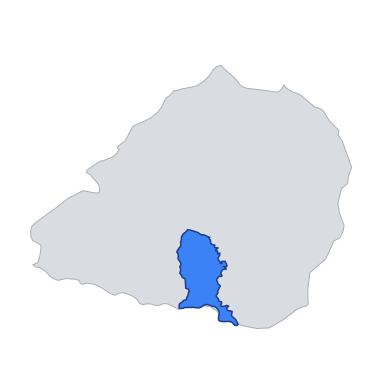 location of Río Negro within Uruguay, rotated 276°
{"feature_id": "URY-9", "entity_name": "Río Negro", "entity_type": "Department", "adm_level": 1, "iso_a3": "URY", "parent_name": "Uruguay", "parent_adm1": "", "projection": "equal_earth", "projection_center": [-57.526, -32.894], "detail": "fine", "context": "in_parent", "style": "filled", "palette": "blue", "viewbox_px": 384, "rotation_deg": 276, "n_neighbors": 0, "source": "natural_earth", "source_scale": "10m", "svg_char_len": 5148}
<svg xmlns="http://www.w3.org/2000/svg" viewBox="0 0 384 384"><g transform="rotate(276 192 192)"><path d="M308.1,272.2L305.7,274.5L303.0,279.0L299.9,289.8L289.6,304.7L287.4,313.1L276.5,321.8L268.7,331.6L263.7,331.4L259.2,335.6L233.2,348.3L224.0,345.9L217.1,346.0L210.8,340.3L196.2,338.3L187.1,340.6L174.8,346.7L171.1,346.6L168.4,346.3L161.8,343.8L158.2,338.3L139.4,332.0L124.2,317.7L106.3,317.4L92.5,319.3L90.4,317.4L89.0,313.7L86.1,308.4L74.2,295.7L64.9,283.1L63.0,270.7L64.2,257.2L67.0,241.2L66.5,236.1L69.9,233.3L73.3,232.7L76.6,228.6L79.6,222.3L80.1,217.5L77.8,208.7L76.1,196.4L74.2,190.2L78.0,180.5L78.2,175.8L76.0,171.6L75.4,167.4L76.3,163.0L76.1,158.8L74.7,154.7L75.8,151.4L79.3,148.7L81.9,144.7L83.6,139.2L84.5,135.0L84.5,132.1L83.4,129.4L81.3,126.8L82.3,121.7L86.4,114.1L89.1,107.3L90.3,101.3L90.2,96.6L88.8,92.9L89.4,90.4L92.0,89.1L93.1,85.3L92.7,75.7L90.1,67.8L92.1,61.5L97.9,54.3L101.0,48.4L101.2,43.9L103.0,41.4L105.8,46.2L114.1,47.5L122.4,47.6L123.8,46.4L127.1,38.5L131.4,36.3L136.1,35.7L141.2,36.1L146.7,41.3L162.1,58.4L173.4,70.2L176.8,75.8L179.8,80.0L182.0,83.9L181.0,94.0L181.1,98.4L181.7,99.7L184.2,99.8L188.1,99.1L191.3,96.9L193.9,93.7L196.4,91.0L198.4,89.6L199.1,87.5L200.3,85.3L201.4,84.8L203.7,86.4L208.9,92.2L213.0,97.5L214.0,100.6L215.5,103.8L217.2,106.6L218.3,109.3L222.3,112.8L226.3,115.0L229.0,112.7L235.8,120.1L250.8,126.2L253.6,129.9L256.1,135.1L261.3,143.1L268.5,150.2L274.3,153.3L279.9,155.0L283.1,156.6L285.2,159.3L288.6,162.2L290.7,163.3L291.4,166.0L293.6,171.7L295.8,179.0L298.2,185.8L303.6,192.3L309.7,197.3L316.0,200.2L319.5,203.7L321.0,207.4L316.6,212.8L311.9,219.7L307.6,225.1L303.3,228.8L301.9,231.4L300.9,235.4L300.6,256.6L300.1,264.5L300.4,266.6L301.0,268.0L303.6,270.1L306.8,271.8L308.1,272.2Z" fill="#d9dde1" stroke="#a8b0b8" stroke-width="1"/><path d="M65.2,251.7L64.1,250.8L63.8,249.5L64.1,248.3L64.9,247.3L66.6,245.4L67.1,244.1L67.2,242.6L66.4,237.0L66.3,234.3L67.0,232.2L69.0,231.4L73.6,231.7L75.6,231.5L77.4,230.5L79.2,228.6L80.0,227.5L80.4,226.4L80.4,224.9L80.7,223.7L81.4,221.3L81.7,218.7L81.3,216.8L80.3,215.2L78.2,212.7L77.7,211.6L77.4,210.5L77.4,209.1L77.4,206.2L77.4,204.7L77.0,203.6L77.3,203.1L76.9,201.4L76.4,196.9L75.8,196.0L75.4,195.0L74.7,191.5L76.1,191.2L78.6,191.1L79.0,191.2L79.6,191.4L79.9,191.7L80.1,191.9L80.3,192.1L81.6,193.8L81.8,194.0L82.1,194.2L83.1,194.9L83.3,195.1L83.5,195.4L83.7,195.9L84.1,197.0L84.2,197.4L84.6,197.6L85.2,197.7L86.4,197.9L87.4,198.2L87.9,198.6L88.5,198.7L92.7,199.2L93.0,199.4L93.3,199.5L93.8,199.4L94.5,199.0L94.9,198.7L95.1,198.3L95.3,197.0L95.3,196.6L95.5,196.3L95.6,196.0L95.8,195.8L104.3,194.4L104.8,194.0L105.0,193.8L105.3,193.3L105.5,193.0L105.8,192.1L105.8,191.9L106.1,191.4L106.3,191.1L106.5,190.9L106.8,190.8L107.9,190.4L108.1,190.2L108.6,189.7L109.1,189.1L109.6,188.7L109.8,188.5L110.3,188.5L110.9,188.5L112.7,188.8L113.2,188.9L114.4,188.6L115.3,188.3L116.0,187.8L116.4,187.7L116.8,187.8L117.8,188.3L118.3,188.5L118.8,188.5L119.6,188.4L120.1,188.2L120.5,188.0L123.7,185.4L124.2,185.1L124.6,185.0L127.7,185.0L128.4,184.8L128.6,184.7L129.1,184.4L130.0,183.6L130.5,183.3L130.8,183.2L131.3,183.3L132.0,183.5L134.7,184.9L136.2,185.9L137.4,186.3L138.5,186.3L139.6,186.3L140.8,185.9L141.3,186.0L143.2,186.4L143.8,186.4L144.3,186.4L144.9,186.2L145.2,186.2L146.1,186.3L148.8,187.3L149.3,187.6L151.9,190.2L152.6,190.7L154.1,191.6L153.9,194.5L152.4,201.8L152.1,202.7L151.2,204.0L150.7,205.0L150.5,206.2L150.5,207.0L150.6,208.2L150.1,210.4L149.3,212.3L148.8,214.3L147.9,213.9L147.0,214.3L146.5,215.1L145.5,215.5L144.1,215.6L143.2,216.0L142.6,216.7L142.1,217.2L141.6,218.6L141.6,219.1L141.6,220.1L141.0,220.3L140.1,220.1L139.2,220.4L139.0,221.0L139.0,221.6L139.2,222.8L139.0,223.6L138.6,223.4L137.8,222.6L137.5,222.4L137.2,222.0L136.8,221.7L136.3,221.7L135.7,222.2L135.7,222.7L135.9,223.2L135.9,223.5L135.2,223.7L134.2,223.7L133.4,224.0L133.4,224.6L134.1,225.6L134.1,226.0L133.5,226.2L132.4,226.2L131.5,225.9L129.5,225.0L128.6,224.8L127.8,225.0L126.9,225.7L126.1,226.4L125.4,227.2L125.1,227.5L124.2,227.6L124.0,227.9L123.9,228.6L124.3,229.0L124.8,229.0L125.3,228.8L126.3,229.2L126.2,230.0L126.5,231.9L126.5,232.3L126.0,232.5L124.8,233.3L122.6,234.4L122.1,234.5L121.5,234.2L121.3,233.6L121.0,231.8L120.5,232.7L119.7,233.6L118.9,233.9L118.4,231.3L117.8,230.5L117.0,230.0L115.0,229.3L114.5,229.2L114.0,229.2L113.4,229.5L112.4,230.4L111.8,230.5L111.3,230.3L111.0,229.6L111.0,228.8L111.0,228.1L110.8,227.6L110.3,227.2L108.2,225.9L107.1,225.8L106.1,226.0L105.2,226.8L104.8,226.9L103.2,227.4L102.8,227.7L102.4,229.1L102.0,229.6L101.1,229.9L99.2,229.0L97.7,228.6L97.0,228.0L96.5,227.9L95.9,228.0L94.9,228.3L94.3,228.3L93.6,228.0L92.2,227.1L91.4,227.0L90.5,227.2L89.9,227.8L89.4,228.5L88.7,229.2L88.0,229.6L86.5,230.0L86.1,230.5L85.9,231.5L86.0,232.3L85.8,232.8L84.7,233.1L83.9,233.0L83.2,232.7L82.5,232.5L81.7,232.8L81.2,233.2L81.2,233.7L81.7,235.0L81.7,235.4L81.7,236.0L81.7,236.5L82.0,236.8L82.6,237.5L82.8,238.7L82.6,239.7L82.2,240.3L81.7,239.8L80.6,238.9L80.1,238.5L78.4,239.5L77.9,240.0L77.8,240.7L77.7,243.1L77.5,244.2L77.0,244.5L75.6,244.2L73.3,244.2L72.4,244.9L69.8,248.7L65.2,251.7L65.2,251.7Z" fill="#3b82f6" stroke="#1e3a8a" stroke-width="1.5"/></g></svg>